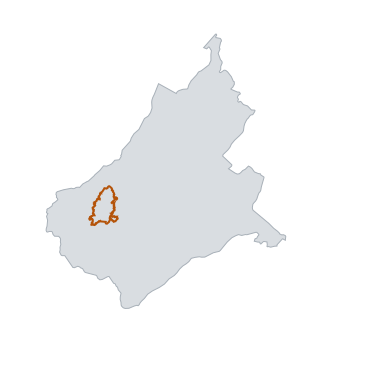 Bafwasende, Orientale, Democratic Republic of the Congo (highlighted), rotated 221°
{"feature_id": "63176286B50174012793828", "entity_name": "Bafwasende", "entity_type": "district", "adm_level": 2, "iso_a3": "COD", "parent_name": "Democratic Republic of the Congo", "parent_adm1": "Orientale", "projection": "equal_earth", "projection_center": [26.956, 0.799], "detail": "fine", "context": "in_parent", "style": "outline", "palette": "amber", "viewbox_px": 384, "rotation_deg": 221, "n_neighbors": 0, "source": "geoboundaries", "source_scale": "gbopen_adm2", "svg_char_len": 8715}
<svg xmlns="http://www.w3.org/2000/svg" viewBox="0 0 384 384"><g transform="rotate(221 192 192)"><path d="M288.3,251.8L268.5,256.0L268.9,257.5L268.7,259.1L268.2,260.3L266.2,263.6L263.2,266.6L263.1,267.4L264.6,270.7L265.6,275.4L265.3,283.5L265.7,285.7L265.7,287.4L264.6,289.3L262.6,299.0L264.0,303.7L267.9,308.1L270.1,311.4L274.0,312.6L274.6,312.4L274.8,309.7L277.9,308.6L277.8,326.0L277.6,326.9L277.0,327.1L276.3,326.6L276.1,324.9L275.3,324.2L271.5,326.4L270.6,326.3L269.5,325.9L268.8,325.1L268.6,323.7L265.9,318.7L264.7,318.3L263.2,313.8L257.3,310.5L255.1,310.2L253.9,309.2L252.7,305.6L250.7,303.3L250.3,300.8L249.9,300.4L248.7,300.9L247.7,305.0L246.3,305.9L243.9,306.0L237.9,304.8L233.5,302.7L232.4,302.9L230.7,301.0L230.0,297.9L230.3,295.5L230.0,295.1L223.4,297.2L221.8,298.4L220.3,298.1L219.9,297.4L220.5,295.8L220.2,294.0L219.7,293.1L217.8,292.5L217.1,290.5L215.9,290.3L215.5,290.5L215.3,291.9L214.5,292.3L210.6,291.7L206.5,293.4L201.0,292.9L198.4,294.9L198.0,294.9L197.4,293.8L196.9,290.6L197.2,289.7L198.0,289.0L198.3,287.7L198.0,284.3L198.2,283.5L197.9,281.5L197.1,278.4L195.9,275.8L193.4,272.0L192.9,270.1L193.1,265.8L193.8,259.0L193.7,254.0L192.7,250.7L192.5,247.1L193.1,240.7L192.4,239.2L179.9,238.7L179.4,238.2L179.1,237.3L179.7,233.5L172.0,234.5L169.7,235.2L168.3,236.7L167.9,238.7L167.8,241.5L166.7,244.1L166.4,248.6L164.3,249.1L162.2,249.1L158.1,248.1L154.1,249.4L152.2,250.6L151.2,250.0L147.6,250.5L147.1,250.1L143.0,241.3L141.2,238.4L140.8,236.9L140.9,235.5L140.4,233.7L138.5,229.2L138.1,227.0L138.2,223.7L138.0,222.6L136.2,219.8L135.1,218.8L133.9,218.3L113.3,218.7L106.5,218.2L101.6,218.5L99.1,218.3L98.4,217.9L96.1,218.5L95.0,219.7L93.2,220.3L92.1,220.0L89.9,216.8L92.8,216.2L93.0,215.9L93.2,208.0L92.4,206.9L93.9,205.5L96.4,202.0L98.8,200.8L99.2,200.1L99.7,200.1L100.6,201.6L102.7,203.5L105.3,201.8L105.6,201.3L105.9,198.0L106.5,197.7L107.7,198.4L108.3,198.4L109.4,197.4L112.7,195.7L113.7,197.9L112.8,199.8L113.3,201.2L113.4,203.4L113.9,203.9L116.5,204.1L117.3,203.6L122.5,195.8L123.8,194.9L126.0,191.8L128.9,190.4L130.2,188.0L131.9,183.7L132.6,177.4L132.3,166.5L132.5,165.1L136.0,160.2L139.6,151.3L142.1,149.0L143.9,148.0L146.7,144.8L149.0,141.5L148.7,137.6L149.2,134.3L150.4,130.2L150.8,125.8L150.4,121.2L150.6,117.4L152.3,111.4L152.4,104.5L154.0,98.7L157.0,91.3L158.4,85.8L158.1,80.4L158.5,76.4L158.4,74.1L157.9,72.1L158.1,70.8L159.3,70.3L160.7,68.2L163.3,62.9L166.0,60.3L167.9,59.5L169.9,59.6L171.2,60.1L173.3,62.2L175.7,63.8L177.4,65.9L179.2,69.1L183.5,69.8L185.3,71.0L186.4,71.4L186.8,71.1L187.7,71.3L189.7,72.3L191.3,71.7L199.2,73.8L200.1,72.8L202.3,67.2L203.9,65.3L206.6,65.1L208.7,66.2L209.8,66.2L219.5,61.4L220.8,61.2L224.3,62.4L226.6,61.6L227.5,61.8L229.5,61.0L231.1,57.7L232.4,56.9L246.3,60.5L248.4,58.7L249.4,58.5L252.5,59.8L253.5,61.8L255.3,63.6L256.7,66.5L258.7,68.1L259.8,69.7L261.0,70.7L263.5,71.1L266.7,68.5L269.0,68.8L271.3,70.2L272.1,70.1L273.8,68.6L274.7,67.0L275.6,66.6L276.9,67.3L278.0,68.8L279.0,71.1L282.5,76.0L285.8,78.2L286.7,81.2L287.9,80.9L288.5,81.2L289.4,83.1L290.0,83.5L290.1,84.3L289.3,86.1L288.5,89.6L289.5,91.8L288.6,94.9L288.2,98.1L289.3,98.9L290.7,98.9L292.0,100.5L293.0,100.8L294.1,102.6L293.8,104.0L290.5,109.3L285.5,115.7L283.9,116.5L283.0,117.6L282.4,119.5L280.9,121.1L279.8,121.7L279.7,126.4L278.0,131.2L277.4,132.2L276.5,140.0L276.6,141.3L275.7,147.7L275.9,153.7L273.4,155.5L271.8,158.5L271.1,160.5L271.1,165.3L268.3,168.3L268.1,169.0L268.8,172.4L269.8,172.9L269.8,174.1L272.1,177.7L271.9,189.0L272.0,190.1L273.2,192.8L274.0,197.9L273.1,204.4L276.1,216.2L274.8,220.6L275.4,224.8L277.2,229.1L281.4,233.4L282.6,235.2L283.6,237.6L284.6,241.3L288.3,251.8Z" fill="#d9dde1" stroke="#a8b0b8" stroke-width="1"/><path d="M248.7,105.5L248.5,105.4L248.3,105.5L248.2,105.3L248.0,105.2L247.6,104.7L247.6,104.3L247.6,104.0L247.4,103.6L247.5,103.5L247.5,103.3L247.4,103.3L247.3,103.0L247.1,102.7L246.9,102.2L246.7,102.6L246.4,102.5L246.2,102.8L246.0,102.5L245.8,102.4L245.7,101.9L244.4,103.2L244.2,103.3L244.2,102.9L244.0,103.0L243.9,103.1L244.0,103.3L243.9,103.7L243.7,103.9L243.5,104.3L243.5,104.7L243.8,104.7L243.9,104.8L244.1,104.9L244.2,105.2L244.1,105.6L243.8,106.1L243.2,106.8L243.2,107.2L243.3,107.4L243.3,107.6L243.0,108.1L243.1,109.0L242.7,109.2L242.4,109.2L242.4,109.6L242.3,110.1L242.1,110.1L241.6,109.9L237.6,112.8L237.4,112.3L236.7,111.9L236.4,111.8L235.9,111.9L235.3,112.5L235.2,113.7L235.0,114.8L235.2,115.0L235.1,115.4L235.5,116.3L235.4,116.5L235.6,117.5L235.9,117.6L236.0,117.6L236.1,117.9L236.5,118.1L236.8,118.1L237.0,118.2L237.3,118.8L234.1,118.5L233.8,118.5L233.7,118.2L233.1,118.1L232.9,118.2L232.5,118.6L232.0,118.6L231.5,118.2L231.4,118.3L231.1,119.2L230.6,119.7L230.8,120.2L230.6,120.8L230.7,121.2L230.8,122.2L230.5,122.6L230.6,123.1L230.8,123.4L231.1,123.5L231.3,123.1L231.4,123.3L231.6,123.3L231.6,123.1L231.8,123.2L231.8,123.5L232.2,123.6L232.3,123.5L232.3,123.3L232.5,123.4L232.6,124.0L232.9,123.7L232.8,123.2L233.2,123.0L233.3,123.1L233.5,122.8L233.7,122.7L234.2,122.8L234.1,122.2L234.6,122.1L235.1,122.2L235.3,122.2L235.6,121.4L235.8,121.5L236.1,121.0L236.6,120.9L237.3,120.3L237.5,120.4L237.8,120.9L237.9,121.7L238.1,122.0L237.9,122.0L237.8,122.3L237.9,122.2L237.9,122.3L238.0,122.4L237.9,122.5L238.1,122.6L238.1,122.8L238.2,122.7L238.3,122.8L238.5,122.8L238.4,122.9L238.2,122.9L238.1,123.1L238.3,123.1L238.4,123.4L238.4,123.5L238.5,123.4L238.5,123.2L238.8,123.1L239.0,123.2L239.0,124.6L238.8,125.7L238.9,125.9L238.9,126.9L238.8,127.0L238.7,127.0L238.5,126.9L238.4,127.2L238.7,127.4L238.8,127.8L239.0,128.1L239.3,128.1L239.5,128.3L240.2,128.1L240.3,128.1L240.4,128.4L240.3,128.9L240.1,129.3L240.1,129.5L240.7,129.8L240.8,129.7L240.9,129.9L241.1,130.1L241.4,130.1L241.5,130.3L241.8,130.7L242.1,130.6L242.1,130.3L242.3,130.5L242.4,131.2L242.5,131.2L242.8,131.2L243.1,132.1L243.5,132.2L243.7,133.0L243.8,132.8L244.1,132.7L244.1,132.2L244.6,131.9L245.1,131.6L245.2,131.3L245.2,131.1L245.6,131.1L245.7,131.7L245.6,131.8L245.6,132.1L245.6,133.8L245.3,135.3L245.0,135.7L244.9,136.1L244.9,136.3L244.6,136.5L244.3,136.6L244.0,136.8L244.0,137.0L244.0,137.5L244.0,137.8L244.2,138.1L244.3,138.3L244.1,138.7L244.6,138.3L245.1,138.2L245.5,137.8L245.6,137.5L246.0,137.2L246.2,137.4L246.5,137.3L246.6,137.1L246.4,137.0L246.4,136.7L246.6,136.6L247.0,136.9L247.0,137.1L247.2,136.9L247.8,137.4L248.0,137.5L248.0,137.4L248.2,137.6L248.3,137.5L248.5,138.0L249.0,138.3L248.9,138.6L249.0,138.7L249.0,139.1L249.5,139.2L249.5,139.5L250.3,140.0L251.4,140.1L251.5,140.3L251.9,140.5L252.0,140.9L252.1,141.0L252.7,141.1L252.9,141.0L253.2,140.7L253.5,140.7L253.6,141.2L253.8,141.4L254.0,141.3L254.4,141.6L254.6,141.7L254.7,141.9L254.9,141.9L255.0,142.1L255.3,142.2L257.9,142.2L258.0,142.0L258.3,141.9L258.3,141.7L258.6,141.5L258.7,141.2L258.7,140.4L258.6,140.0L258.3,139.5L258.4,139.2L258.8,138.8L258.9,138.3L259.1,138.2L259.3,138.1L259.7,138.0L260.2,137.6L260.4,137.6L260.6,137.3L260.5,137.1L260.4,136.5L260.2,135.8L260.2,135.0L260.1,134.4L260.0,134.0L259.9,133.7L260.0,133.4L260.0,133.2L260.1,132.7L260.0,132.4L260.1,132.2L260.3,131.9L260.4,131.7L260.6,131.4L260.4,130.9L260.2,130.9L260.3,130.8L260.4,130.4L260.2,130.2L259.8,130.0L259.8,129.8L259.7,129.7L259.5,129.1L259.5,128.9L259.6,128.7L259.6,128.1L259.4,128.1L259.4,127.9L259.4,127.7L259.5,127.7L259.5,127.4L259.2,127.3L259.3,127.1L259.2,126.9L259.0,126.7L258.5,126.7L258.3,126.6L258.1,126.5L257.9,126.5L257.7,126.6L257.2,126.5L257.0,126.1L256.8,125.9L257.4,125.5L257.8,125.5L258.1,124.9L258.5,124.6L258.9,124.7L259.0,124.4L258.2,122.8L258.4,122.6L258.3,122.2L258.5,121.4L259.0,120.1L258.8,120.1L258.7,120.0L258.4,120.3L258.2,120.3L258.1,120.1L257.8,120.1L257.7,120.1L257.6,119.9L258.2,118.9L258.3,118.6L258.2,118.5L257.9,118.5L257.6,118.4L257.4,118.6L257.1,118.2L256.8,118.3L256.6,118.2L256.5,118.3L256.3,118.1L256.2,118.1L256.2,117.4L256.5,117.0L256.3,116.1L256.6,115.9L256.5,115.6L256.4,115.4L256.6,114.8L255.9,114.3L255.7,114.1L255.3,114.2L255.0,114.2L254.8,113.9L254.6,114.2L254.4,114.2L254.3,113.9L254.2,113.7L253.9,113.5L253.8,113.1L253.6,113.1L253.4,112.7L253.4,112.0L253.2,111.8L253.0,111.4L253.0,111.1L252.9,110.9L252.7,110.8L252.5,111.0L252.2,111.0L252.2,110.7L251.7,110.7L251.5,110.8L251.4,110.8L251.2,110.7L250.8,110.6L250.3,110.4L250.5,110.2L250.8,109.9L250.9,110.0L251.0,110.1L251.3,110.0L251.2,109.9L251.3,109.4L251.4,109.2L251.5,109.0L251.5,108.9L251.5,108.6L251.9,108.0L252.2,107.8L252.2,107.7L252.0,107.0L252.1,106.7L252.5,106.5L252.6,106.3L252.3,105.7L252.0,105.2L252.1,104.7L251.7,104.5L251.7,104.3L251.6,104.2L251.4,104.3L251.1,104.0L250.9,104.0L250.7,104.3L250.7,104.6L250.9,105.0L250.6,105.3L250.6,105.6L250.5,106.0L250.3,105.9L250.1,106.1L249.8,106.2L249.7,106.1L249.4,105.9L249.0,106.0L248.9,105.9L248.7,105.8L248.7,105.5Z" fill="none" stroke="#b45309" stroke-width="2"/></g></svg>